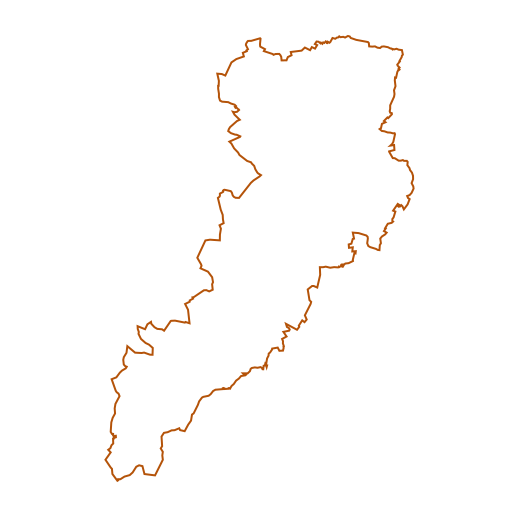 the district of Sampués, Sucre, Colombia, rotated 87°
{"feature_id": "7082276B86835655718123", "entity_name": "Sampués", "entity_type": "district", "adm_level": 2, "iso_a3": "COL", "parent_name": "Colombia", "parent_adm1": "Sucre", "projection": "orthographic", "projection_center": [-75.366, 9.156], "detail": "fine", "context": "isolated", "style": "outline", "palette": "amber", "viewbox_px": 512, "rotation_deg": 87, "n_neighbors": 0, "source": "geoboundaries", "source_scale": "gbopen_adm2", "svg_char_len": 6042}
<svg xmlns="http://www.w3.org/2000/svg" viewBox="0 0 512 512"><g transform="rotate(87 256 256)"><path d="M473.2,406.2L472.7,405.3L471.7,405.3L471.8,403.1L469.4,398.9L468.2,393.6L465.7,390.5L460.2,386.6L458.9,383.7L459.9,380.4L467.9,378.8L469.8,368.3L454.6,359.7L450.2,360.0L446.7,359.3L443.2,361.2L441.0,359.7L431.4,359.8L427.8,357.2L427.3,353.4L425.7,349.4L425.7,346.4L424.0,341.7L425.9,340.9L427.2,336.4L420.8,332.5L417.0,329.5L411.0,328.2L409.9,326.5L401.6,321.8L398.2,320.4L394.6,317.4L393.9,316.0L393.1,310.6L391.6,308.5L388.6,305.9L387.4,303.5L387.2,296.2L386.3,296.1L386.1,295.3L386.6,294.3L387.2,294.3L387.1,290.3L386.5,290.2L386.5,289.7L386.9,289.6L386.7,289.1L387.0,288.8L384.5,287.2L382.7,284.9L379.4,282.4L377.5,279.5L375.1,277.2L374.6,272.9L373.3,271.3L373.9,274.0L372.5,275.2L372.7,270.4L370.7,268.1L368.4,267.2L367.6,266.0L367.2,263.0L367.7,260.3L367.2,257.3L367.9,256.1L369.4,255.4L369.5,254.7L366.0,254.1L365.8,252.9L363.1,252.1L363.2,251.5L365.0,251.8L367.5,251.2L366.0,250.7L366.0,251.4L363.9,251.4L358.9,250.3L356.2,248.7L354.1,248.4L353.1,247.0L350.3,244.9L349.3,244.7L348.6,239.1L351.9,237.6L351.9,234.0L349.2,233.2L347.9,233.3L347.6,232.9L344.7,233.7L342.4,233.5L340.2,234.3L338.0,229.7L333.2,232.6L332.3,226.8L331.2,226.2L329.7,226.9L328.5,228.8L325.3,229.6L331.8,218.9L329.0,216.5L327.8,216.9L322.7,213.2L324.6,211.0L322.1,208.7L317.8,210.3L306.8,204.0L304.7,203.3L302.9,204.9L292.1,206.1L288.9,201.6L289.0,199.9L290.7,196.5L278.2,192.9L270.5,192.8L270.7,189.7L270.3,186.9L271.6,182.5L271.2,178.5L271.7,174.5L271.5,174.0L271.0,173.8L271.4,173.2L270.6,172.1L270.7,171.5L269.7,171.5L269.7,170.9L269.0,170.8L269.0,169.7L270.9,170.3L271.0,170.7L271.3,169.9L269.2,168.5L268.2,167.2L268.0,163.9L266.1,159.4L264.8,159.5L258.3,157.6L258.7,156.5L256.4,156.1L256.5,159.6L252.4,158.9L252.7,162.7L249.3,162.8L248.7,160.1L244.1,158.5L243.8,157.2L237.7,158.1L238.5,152.3L241.3,144.7L242.7,143.5L244.5,143.4L249.1,144.3L251.9,143.3L253.1,141.5L255.2,135.8L256.3,134.1L256.6,132.4L251.6,131.8L249.8,130.6L245.1,131.0L243.1,129.2L241.2,125.9L239.5,124.3L237.8,126.9L235.3,125.0L235.0,125.6L230.7,122.7L230.0,118.8L228.8,117.3L228.2,118.0L226.2,117.9L224.7,116.6L218.9,114.5L217.9,116.7L211.4,111.7L212.5,110.3L213.9,111.3L214.2,110.9L213.6,110.5L213.9,109.9L213.1,109.5L213.6,109.0L212.8,108.3L213.9,107.2L217.2,105.9L212.4,101.9L207.2,99.6L206.1,101.1L204.0,101.9L203.2,99.4L201.1,97.3L196.9,95.1L194.7,95.3L191.4,96.8L187.5,95.1L184.1,95.0L180.9,95.9L178.2,97.7L176.3,98.1L173.2,100.1L170.0,99.6L168.9,100.4L168.7,103.3L167.9,104.3L168.4,106.5L168.3,108.5L165.6,112.3L165.4,114.3L158.8,117.6L158.5,117.6L157.4,112.2L152.4,112.3L152.8,116.0L151.2,114.1L149.2,112.9L141.6,110.8L140.6,111.2L140.7,112.7L139.8,115.4L139.5,118.1L138.2,121.2L137.7,123.8L135.7,125.9L134.9,124.5L130.6,123.3L129.2,119.7L127.9,121.2L124.5,117.5L125.2,116.7L121.6,112.9L120.5,112.9L119.9,114.5L118.4,114.9L116.0,114.3L112.5,114.1L104.2,109.8L101.5,109.2L97.7,109.5L93.7,107.8L88.0,108.2L85.0,107.8L85.3,106.8L79.5,105.2L77.7,104.2L78.0,103.8L77.3,102.9L76.0,103.7L75.3,102.8L73.3,104.6L72.3,104.9L69.3,102.2L68.9,102.6L65.0,100.1L63.6,99.8L62.6,98.8L58.0,99.5L57.4,102.8L56.4,104.8L56.9,107.1L56.5,108.4L56.9,108.8L55.9,109.8L55.8,110.9L54.4,113.3L53.4,117.3L53.5,119.5L54.8,121.2L54.3,123.8L52.9,126.2L53.0,128.8L52.6,132.0L49.2,132.2L48.2,133.0L45.4,144.6L43.2,150.0L41.7,150.9L41.1,152.7L42.5,155.6L41.7,157.4L41.9,160.3L41.0,161.4L42.0,162.4L42.1,163.7L43.2,165.5L42.3,168.2L46.2,170.6L46.9,171.5L45.8,173.1L47.9,173.9L46.2,174.0L45.3,175.1L46.8,176.5L46.2,177.7L47.6,178.6L46.3,180.0L47.0,180.5L45.3,182.3L45.0,184.3L47.4,186.1L48.6,183.9L52.0,186.2L50.3,189.3L53.3,191.2L50.4,196.3L53.3,199.7L54.1,210.6L57.4,210.0L59.0,213.8L62.2,215.3L62.0,220.2L58.4,220.4L56.8,221.1L55.4,222.2L55.3,225.9L56.0,228.0L55.2,228.7L51.8,237.4L49.9,236.2L47.2,240.7L46.7,240.9L44.5,240.9L39.2,240.1L38.8,240.5L40.9,249.5L40.8,252.7L41.3,253.3L43.3,254.7L44.7,255.1L49.1,253.2L50.2,254.8L51.0,254.5L52.4,258.5L56.1,257.7L58.3,265.3L61.4,270.4L74.2,277.2L72.5,280.6L71.9,285.1L79.2,283.9L84.1,284.4L84.1,284.9L87.1,285.0L92.0,284.5L95.4,284.7L98.9,283.8L100.1,281.8L100.9,275.7L102.4,273.1L103.8,269.4L105.1,268.2L105.8,269.3L106.9,268.7L106.5,268.0L109.1,265.5L108.7,264.6L111.0,267.4L111.3,270.0L110.8,271.5L113.7,270.1L119.1,265.1L120.2,267.9L125.9,275.1L127.9,276.5L129.8,277.2L132.0,274.6L133.7,270.5L133.9,269.0L135.7,265.4L136.2,265.7L140.4,276.6L142.4,274.7L147.4,272.2L151.7,268.5L154.3,267.2L160.6,259.9L162.2,256.0L163.4,255.4L165.9,253.1L169.4,252.1L172.6,250.4L173.5,249.7L175.5,246.8L176.7,248.2L180.4,254.5L182.7,257.3L197.1,269.9L196.8,273.3L195.7,275.1L194.2,276.1L191.4,276.8L189.9,277.8L188.5,282.8L188.2,284.1L188.4,284.8L189.0,285.5L190.0,285.3L190.4,285.7L191.8,288.8L194.0,288.9L194.9,289.4L196.0,291.0L207.9,288.8L213.2,287.1L217.7,287.1L221.5,286.6L223.4,290.8L226.9,289.6L232.7,290.9L238.5,291.3L237.3,301.1L237.8,305.7L254.7,314.7L261.4,311.3L262.9,310.9L265.4,312.1L269.1,304.8L274.9,300.9L279.9,300.3L281.9,301.3L287.4,301.0L288.9,304.6L287.5,307.4L287.5,309.8L293.8,320.3L294.0,321.6L295.3,321.1L296.9,324.5L298.2,324.6L300.2,329.3L306.1,326.7L319.7,325.9L318.2,329.9L318.8,330.5L316.3,340.3L316.3,344.1L316.5,344.6L325.8,351.7L324.3,353.6L323.6,358.4L321.8,361.1L318.2,364.1L316.3,364.3L318.5,368.0L323.3,370.6L319.9,377.9L322.7,377.9L325.7,377.0L327.6,377.4L332.8,375.2L337.1,370.8L338.9,367.5L342.4,363.9L349.2,364.5L349.0,367.0L346.6,372.8L346.9,375.3L346.2,381.8L339.3,389.2L345.9,390.4L350.1,393.3L352.7,394.0L357.5,393.7L359.2,392.3L359.8,390.9L360.5,391.3L361.4,392.0L363.4,395.8L365.4,398.1L369.9,401.8L371.5,406.6L383.3,403.1L384.8,402.2L386.2,400.5L388.8,399.6L396.3,404.1L400.8,405.1L405.9,405.0L410.1,407.6L414.6,409.2L424.0,410.3L426.1,409.2L426.2,408.0L427.2,408.0L427.2,408.3L428.4,407.7L428.2,405.4L429.7,405.4L430.3,407.5L430.9,407.6L430.9,408.3L435.8,408.4L437.4,410.2L440.3,411.5L441.8,413.7L444.5,411.4L451.6,417.0L459.6,412.2L461.0,411.0L466.2,410.8L473.2,406.2Z" fill="none" stroke="#b45309" stroke-width="2"/></g></svg>